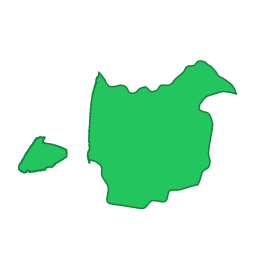 Villa Hermosa, La Romana, Dominican Republic, rotated 99°
{"feature_id": "3306468B24610118168871", "entity_name": "Villa Hermosa", "entity_type": "district", "adm_level": 2, "iso_a3": "DOM", "parent_name": "Dominican Republic", "parent_adm1": "La Romana", "projection": "orthographic", "projection_center": [-69.03, 18.426], "detail": "fine", "context": "isolated", "style": "filled", "palette": "green", "viewbox_px": 256, "rotation_deg": 99, "n_neighbors": 0, "source": "geoboundaries", "source_scale": "gbopen_adm2", "svg_char_len": 5927}
<svg xmlns="http://www.w3.org/2000/svg" viewBox="0 0 256 256"><g transform="rotate(99 128 128)"><path d="M77.4,26.3L72.3,29.3L69.9,31.5L67.8,34.1L64.3,41.4L62.8,46.2L62.0,47.3L58.7,50.0L56.2,53.3L54.9,54.7L54.2,55.8L52.9,59.2L50.8,62.3L50.4,64.5L50.4,66.9L51.1,69.0L51.5,69.6L52.7,70.5L55.1,71.6L56.0,72.6L56.5,73.9L57.2,77.5L58.2,79.4L59.2,80.2L63.1,81.5L64.5,82.3L71.9,88.6L73.8,89.9L76.5,91.2L78.1,92.6L79.0,93.8L79.6,95.2L80.2,100.3L80.8,102.3L82.3,103.5L84.6,104.3L85.7,104.9L86.6,105.9L88.1,108.7L88.5,109.9L88.4,111.2L87.7,112.5L86.0,114.7L84.9,116.4L84.8,117.1L85.0,118.4L87.1,122.4L88.0,123.3L90.3,124.7L91.8,126.1L92.9,128.0L93.1,129.5L93.0,130.9L92.6,132.3L91.7,133.3L89.6,134.6L88.1,136.0L87.4,137.2L86.8,139.5L86.9,141.8L87.2,143.3L88.8,146.5L89.5,148.7L89.9,153.4L86.7,156.8L83.9,158.4L79.8,162.8L77.7,165.4L82.3,165.4L82.3,165.7L82.6,165.7L82.6,166.4L82.9,166.4L82.9,166.7L83.2,166.7L83.2,166.4L83.9,166.4L83.9,166.7L84.5,166.7L84.5,167.0L88.2,167.0L87.9,166.4L88.8,166.4L88.8,166.7L90.0,166.7L90.0,167.0L90.9,167.0L90.9,167.4L92.2,167.4L92.2,167.0L92.5,167.0L92.8,167.7L96.2,167.7L96.2,168.0L99.0,168.0L99.0,168.3L105.7,168.3L105.7,168.0L106.4,168.0L106.4,168.3L110.7,168.3L110.7,168.0L115.3,168.0L115.3,167.7L119.9,167.7L119.9,167.4L123.0,167.4L123.0,167.0L125.8,167.0L125.8,166.7L128.9,166.7L128.9,166.4L132.9,166.4L132.9,166.1L136.9,166.1L136.9,165.7L139.3,165.7L139.3,165.4L141.8,165.4L141.8,165.1L144.3,165.1L144.3,164.8L147.4,164.8L147.4,164.4L147.7,164.4L147.7,163.8L150.5,163.8L150.5,163.5L152.0,163.5L152.0,163.1L153.5,163.1L153.5,162.8L156.0,162.8L156.0,163.1L156.9,163.1L156.9,163.5L158.2,163.5L158.2,163.8L160.9,163.8L160.9,163.5L161.9,163.5L161.9,163.1L163.1,163.1L163.1,162.8L164.0,162.8L164.0,162.5L164.6,162.5L164.6,162.2L165.6,162.2L165.6,161.8L166.2,161.8L166.2,161.5L167.1,161.5L167.1,161.2L167.7,161.2L167.7,160.9L168.6,160.9L168.6,160.5L165.4,160.5L165.9,156.5L166.4,154.2L168.7,150.0L170.1,148.4L172.2,147.6L177.0,147.0L179.4,146.2L181.6,144.6L186.9,139.8L189.2,138.4L192.7,137.7L200.6,137.8L202.2,137.6L203.7,137.1L204.8,136.0L205.4,134.5L205.6,130.3L205.4,118.4L205.5,104.6L205.3,102.0L205.0,100.4L203.8,98.5L197.6,94.7L196.2,93.1L195.7,91.6L195.5,90.0L195.5,82.2L195.1,80.7L194.3,79.4L193.7,78.9L192.3,78.4L185.4,77.9L184.1,77.4L183.0,76.4L182.3,74.3L181.4,68.6L178.4,61.9L176.3,58.1L173.0,50.0L168.0,48.8L162.8,48.3L160.4,47.8L159.0,47.1L157.9,46.3L155.0,42.8L153.6,42.1L151.3,41.7L148.8,41.7L147.1,42.0L142.4,44.1L139.1,44.8L133.8,44.9L116.0,44.7L111.6,44.9L108.6,45.9L104.1,48.1L102.3,49.4L100.9,51.1L100.4,52.5L99.8,58.0L99.3,59.4L98.9,60.0L97.7,60.8L96.3,61.1L94.1,60.9L92.7,60.4L87.6,57.7L85.2,55.9L83.9,54.2L80.5,47.6L77.4,40.9L76.9,38.4L76.8,32.3L77.4,26.3ZM166.2,184.3L163.4,184.3L163.4,184.6L161.9,184.6L161.9,184.9L160.6,184.9L160.6,185.2L159.4,185.2L159.4,185.9L159.1,185.9L159.1,186.5L158.8,186.5L158.8,187.2L158.5,187.2L158.5,188.2L158.2,188.2L158.2,189.5L157.9,189.5L157.9,190.8L157.5,190.8L157.5,192.1L157.2,192.1L157.2,193.7L156.9,193.7L156.9,195.3L156.6,195.3L156.6,196.9L156.3,196.9L156.3,200.2L156.0,200.2L156.0,207.7L155.7,207.7L155.7,209.6L154.8,209.6L154.8,209.9L153.2,209.9L153.2,209.6L152.6,209.6L152.6,209.3L151.7,209.3L151.7,209.0L151.1,209.0L151.1,208.6L150.5,208.6L150.5,209.0L150.1,209.0L150.1,209.9L150.5,209.9L150.5,212.9L150.8,212.9L150.8,213.5L151.1,213.5L151.1,214.2L151.4,214.2L151.4,214.8L151.7,214.8L151.7,215.5L152.0,215.5L152.0,216.1L152.3,216.1L152.3,216.8L152.6,216.8L152.6,217.1L153.2,217.1L153.2,217.4L154.2,217.4L154.2,217.7L154.8,217.7L154.8,218.1L155.4,218.1L155.4,218.4L156.0,218.4L156.0,218.7L156.9,218.7L156.9,219.0L157.5,219.0L157.5,219.4L158.8,219.4L158.8,219.7L159.4,219.7L159.7,220.3L160.3,220.3L160.3,220.7L160.6,220.7L160.6,221.0L161.2,221.0L161.2,221.3L162.2,221.3L162.2,221.6L163.1,221.6L163.1,222.0L163.7,222.0L163.7,222.3L164.6,222.3L164.6,222.6L165.3,222.6L165.3,222.9L165.9,222.9L165.9,223.3L166.5,223.3L166.5,223.6L167.4,223.6L167.4,223.9L168.0,223.9L168.0,224.2L168.6,224.2L168.6,224.6L169.3,224.6L169.3,224.9L170.2,224.9L170.2,225.2L170.8,225.2L171.1,225.9L173.3,225.9L173.3,226.2L174.2,226.2L174.2,226.5L174.8,226.5L174.8,226.8L175.7,226.8L175.7,227.2L176.4,227.2L176.4,227.5L177.3,227.5L177.3,227.8L177.9,227.8L177.9,228.1L178.8,228.1L178.8,227.8L179.1,227.8L179.1,228.4L179.4,228.4L179.8,229.1L180.7,229.1L180.7,229.4L181.9,229.4L181.9,229.7L184.1,229.7L184.1,229.4L185.9,229.4L185.9,229.1L186.2,229.1L186.2,228.4L186.8,228.1L186.8,227.5L187.2,227.5L187.2,226.8L187.5,226.8L187.5,226.2L187.8,226.2L187.8,225.2L188.1,225.2L188.1,223.9L188.4,223.9L188.4,222.9L187.8,222.6L187.8,222.0L187.5,222.0L187.5,221.6L186.8,221.6L186.8,221.3L185.9,221.3L185.9,221.0L185.6,221.0L185.6,220.0L185.9,220.0L185.9,219.3L186.2,219.3L186.2,218.7L186.8,218.7L186.8,218.4L187.2,218.4L187.2,218.1L186.8,218.1L186.8,217.4L186.5,217.4L186.5,216.7L186.2,216.7L186.2,215.1L185.9,215.1L185.9,214.5L185.6,214.5L185.6,214.2L185.3,214.2L185.6,213.5L185.3,213.5L185.3,212.5L185.0,212.5L185.0,211.2L184.4,211.2L184.4,210.9L184.1,210.9L184.1,209.0L183.8,209.0L183.8,208.3L183.4,208.3L183.8,207.7L183.4,207.7L183.4,207.0L183.1,207.0L183.1,205.7L182.8,205.7L182.8,205.1L182.5,205.1L182.5,204.7L182.2,204.7L182.2,204.1L182.5,204.1L182.5,203.4L181.6,203.4L181.6,203.1L181.0,203.1L181.0,202.8L180.4,202.8L180.4,202.5L180.1,202.5L179.7,201.8L179.4,201.8L179.4,200.8L178.8,200.8L178.8,197.9L178.5,197.9L178.5,196.9L177.9,196.6L177.9,196.3L177.0,196.3L177.0,196.0L176.7,196.0L176.7,195.0L176.0,195.0L176.0,194.7L175.1,194.7L175.1,194.3L174.5,194.3L174.2,193.7L173.6,193.4L173.6,192.7L173.3,192.7L173.0,192.1L172.7,192.1L172.7,191.7L172.3,191.7L172.0,191.1L171.7,191.1L171.7,190.4L171.1,190.1L171.1,189.8L170.8,189.8L170.5,189.1L170.2,189.1L170.2,188.5L169.9,188.5L169.9,188.2L169.3,187.8L169.0,187.2L168.6,187.2L168.3,186.5L167.7,186.2L167.7,185.9L167.1,185.6L166.8,184.9L166.5,184.9L166.2,184.3Z" fill="#22c55e" stroke="#15803d" stroke-width="1.5"/></g></svg>